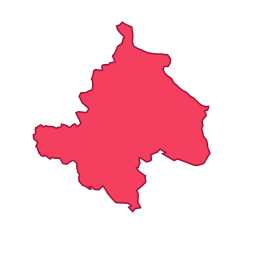 Kachia, Kaduna, Nigeria (Equal Earth projection), rotated 134°
{"feature_id": "59680162B32850327292174", "entity_name": "Kachia", "entity_type": "district", "adm_level": 2, "iso_a3": "NGA", "parent_name": "Nigeria", "parent_adm1": "Kaduna", "projection": "equal_earth", "projection_center": [7.682, 9.854], "detail": "fine", "context": "isolated", "style": "filled", "palette": "rose", "viewbox_px": 256, "rotation_deg": 134, "n_neighbors": 0, "source": "geoboundaries", "source_scale": "gbopen_adm2", "svg_char_len": 4036}
<svg xmlns="http://www.w3.org/2000/svg" viewBox="0 0 256 256"><g transform="rotate(134 128 128)"><path d="M55.8,205.5L58.2,205.6L59.2,205.4L59.6,205.4L59.9,205.5L60.0,205.6L61.8,206.9L62.5,207.1L64.3,204.1L65.0,199.4L64.8,196.4L65.2,194.9L65.7,193.4L67.3,193.4L69.8,191.8L71.8,191.2L73.2,191.5L74.9,191.9L76.7,192.0L77.2,191.9L78.2,191.3L82.1,189.9L85.1,189.2L86.9,189.2L87.3,188.7L87.8,186.7L88.2,185.2L88.6,185.0L89.8,183.4L90.6,183.8L91.3,184.6L91.8,184.8L93.3,186.0L94.6,186.3L94.9,186.0L95.8,185.9L96.5,186.4L98.2,188.3L99.9,189.6L100.9,190.1L101.8,189.7L103.9,186.6L106.7,188.9L107.0,189.7L108.6,192.0L109.1,192.0L110.4,192.4L110.5,192.4L112.7,190.9L114.2,189.8L114.6,189.7L118.2,188.2L118.1,187.7L119.6,185.2L121.4,183.3L124.4,180.8L126.2,180.4L126.9,181.1L129.9,182.4L130.5,182.3L132.0,183.1L133.3,184.3L135.5,186.3L135.7,186.2L136.1,186.2L136.8,185.8L139.3,185.0L141.0,179.8L141.6,178.9L141.4,173.9L141.3,170.8L141.7,169.4L145.3,168.6L146.5,169.4L146.6,169.6L150.8,175.0L153.3,176.0L153.6,175.2L156.0,168.2L156.4,167.7L156.6,166.7L156.9,165.8L158.7,165.0L158.8,165.0L162.2,165.4L161.9,169.1L164.2,170.0L168.0,169.9L168.9,172.5L168.8,173.6L171.4,178.5L173.0,177.2L174.9,177.3L176.2,179.0L176.3,179.0L176.5,179.0L177.9,179.3L179.3,183.1L180.1,183.7L180.2,184.0L180.5,184.8L181.6,185.6L182.7,186.9L183.2,188.4L186.0,189.7L186.0,190.2L186.0,190.3L185.9,191.2L186.3,192.8L187.4,193.3L187.5,193.3L188.0,193.4L188.1,193.5L191.4,194.0L191.7,194.6L193.6,193.6L194.7,191.5L195.9,191.4L196.3,190.7L197.1,190.5L198.8,191.3L199.4,190.4L200.2,189.7L201.2,188.2L201.3,187.0L201.0,185.0L201.0,184.7L200.9,184.5L200.9,184.4L201.0,184.2L201.4,182.9L201.5,182.8L201.7,182.6L205.0,181.6L205.3,181.3L205.0,180.1L206.7,176.7L208.0,174.3L207.7,173.6L208.2,171.1L207.1,169.1L206.1,169.1L205.1,168.4L204.8,164.7L204.8,164.4L204.2,162.3L202.6,162.6L201.6,161.5L201.4,161.3L200.9,160.7L200.6,159.6L199.0,158.0L197.4,156.3L197.4,154.7L198.7,150.5L198.5,149.7L196.8,147.2L195.8,146.7L192.7,146.2L189.8,145.3L189.2,144.4L188.9,140.7L189.1,140.3L192.4,136.8L192.5,136.5L193.9,134.2L194.7,133.5L194.7,133.4L195.0,130.8L197.0,129.3L197.4,129.3L200.2,126.4L200.7,120.5L200.2,120.3L199.1,116.4L199.1,116.2L198.5,112.7L197.9,112.4L197.6,112.3L197.0,114.9L195.5,113.7L195.7,111.7L195.5,109.6L194.6,108.3L192.4,105.9L187.0,105.9L188.1,100.2L188.8,98.8L189.9,91.1L190.1,85.6L190.0,84.8L187.6,82.0L186.7,80.8L185.2,79.7L184.1,77.9L182.4,76.3L182.1,75.6L181.6,73.4L181.7,71.5L183.0,72.0L184.6,72.4L184.7,70.9L184.9,66.7L180.6,66.7L176.8,63.6L176.3,63.8L174.7,69.5L174.0,69.8L168.3,74.9L166.9,78.5L163.0,78.1L161.2,77.9L158.6,77.7L155.1,77.6L154.1,78.1L152.0,81.2L150.3,82.1L150.9,85.2L151.1,86.3L151.3,87.4L151.4,88.3L151.3,88.5L151.6,89.9L150.9,94.2L149.2,93.3L147.6,94.2L146.8,94.5L144.8,95.1L144.0,96.9L141.6,99.2L140.8,97.9L139.6,91.2L139.1,90.9L136.9,89.4L134.9,89.0L132.8,91.1L131.7,93.0L126.3,90.9L126.1,90.7L125.7,90.2L125.3,90.2L120.8,90.2L119.5,83.8L122.5,85.2L119.3,72.1L119.0,72.1L115.8,70.8L109.6,56.5L108.5,54.1L106.3,51.8L102.8,49.9L100.6,48.9L93.5,50.6L93.3,50.8L89.3,51.4L86.7,57.0L83.0,61.7L82.1,63.7L81.5,68.3L79.3,71.1L78.8,72.6L76.7,75.0L74.4,75.6L73.2,77.6L71.9,79.0L70.3,80.1L68.1,80.1L67.2,80.4L65.9,80.1L64.4,80.7L63.4,82.7L62.3,84.7L62.1,84.7L61.4,84.7L60.6,83.6L59.7,83.3L57.9,83.9L56.4,85.0L57.1,85.6L58.2,86.7L59.1,87.6L59.7,88.7L60.4,90.3L60.9,94.2L60.9,96.7L60.9,97.9L60.9,100.3L61.0,102.3L61.4,103.3L61.6,104.0L61.9,105.8L61.8,107.8L61.8,109.2L61.7,109.7L62.1,111.3L62.2,112.0L62.4,112.8L63.2,115.5L63.5,120.2L63.5,121.7L63.5,122.0L63.5,123.5L63.5,123.9L63.7,124.4L63.4,128.3L63.0,128.6L62.3,131.2L62.7,133.9L62.9,135.1L63.0,138.0L62.8,139.8L62.7,140.6L61.7,143.1L60.6,143.7L59.7,144.5L58.7,144.5L57.4,143.7L56.8,142.9L55.9,141.9L52.4,142.7L51.1,143.5L50.6,143.9L49.6,144.7L48.8,145.3L48.3,147.9L48.1,148.6L47.8,150.3L49.5,152.5L50.8,154.2L50.9,154.4L56.7,160.9L60.2,166.2L62.2,171.4L63.9,175.8L65.2,180.7L63.6,184.0L57.1,189.7L54.9,192.9L52.8,195.3L55.3,202.2L55.8,205.5Z" fill="#f43f5e" stroke="#9f1239" stroke-width="1.5"/></g></svg>